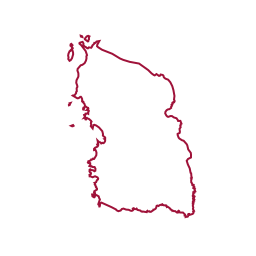 the district of Sumbawa Barat, Nusa Tenggara Barat, Indonesia, rotated 344°
{"feature_id": "22746128B87271379033569", "entity_name": "Sumbawa Barat", "entity_type": "district", "adm_level": 2, "iso_a3": "IDN", "parent_name": "Indonesia", "parent_adm1": "Nusa Tenggara Barat", "projection": "natural_earth1", "projection_center": [116.899, -8.8], "detail": "fine", "context": "isolated", "style": "outline", "palette": "rose", "viewbox_px": 256, "rotation_deg": 344, "n_neighbors": 0, "source": "geoboundaries", "source_scale": "gbopen_adm2", "svg_char_len": 5765}
<svg xmlns="http://www.w3.org/2000/svg" viewBox="0 0 256 256"><g transform="rotate(344 128 128)"><path d="M124.4,36.5L121.6,36.2L120.2,37.2L119.1,36.9L118.7,37.7L116.4,38.9L116.1,39.6L114.8,40.7L112.5,39.7L111.4,40.4L110.8,40.1L109.6,38.4L108.6,37.6L108.0,35.6L108.5,34.4L108.1,32.7L105.4,32.7L104.7,33.0L104.6,33.6L105.8,35.4L108.5,42.3L108.7,46.7L107.8,47.5L107.3,49.6L106.2,51.6L104.2,53.7L101.6,54.7L99.8,54.7L95.9,57.3L95.2,58.9L95.4,61.5L94.9,63.6L94.4,65.0L91.7,67.9L90.7,70.3L90.9,73.2L90.7,74.3L90.9,74.2L91.1,74.1L89.6,75.6L88.9,78.6L88.0,79.2L87.7,80.2L85.7,81.8L84.6,82.0L84.2,81.5L83.8,81.6L87.5,85.5L88.8,85.7L90.7,84.9L91.3,85.0L91.6,85.6L91.9,87.5L91.2,89.8L91.4,90.1L91.9,89.9L92.4,90.8L92.1,91.4L92.8,92.8L92.8,95.0L94.9,97.8L95.2,97.4L95.1,97.0L95.2,98.4L93.5,99.3L94.3,99.5L94.2,99.9L95.0,100.3L95.1,100.8L94.3,101.6L93.7,103.4L92.9,102.6L91.8,102.9L91.1,102.5L90.3,103.5L89.4,103.4L89.4,103.9L90.2,104.4L90.0,105.2L88.7,106.1L89.5,106.1L89.6,106.7L90.1,106.8L89.4,107.3L89.5,108.0L90.1,108.2L90.8,107.3L91.3,107.3L93.0,108.6L94.5,111.0L94.7,111.9L94.1,112.2L93.6,113.2L93.6,114.7L92.7,115.9L93.9,118.7L95.5,115.8L96.4,115.6L98.1,116.8L100.3,119.5L102.4,124.0L102.3,127.0L101.8,128.2L102.2,129.3L103.1,130.2L103.4,131.3L102.9,132.3L102.3,132.2L102.8,133.2L102.3,134.4L101.1,135.5L100.2,135.8L99.2,135.3L98.8,134.5L98.8,135.4L98.0,135.5L97.5,134.2L96.4,133.7L95.3,131.7L95.2,133.3L94.5,134.7L94.9,134.9L94.8,136.1L94.4,136.5L93.9,136.2L94.0,137.1L93.5,137.5L90.9,137.9L89.6,138.7L89.3,139.9L90.6,140.0L90.9,141.3L90.9,143.1L90.0,145.5L86.9,148.4L86.2,148.3L85.9,147.8L84.8,148.4L83.9,148.1L83.3,148.8L80.6,149.1L80.5,149.9L80.0,150.1L80.2,150.8L81.7,150.9L82.0,151.4L81.6,152.8L80.4,153.9L81.7,154.8L82.5,154.7L82.7,155.3L83.5,155.9L85.1,156.3L85.5,158.2L84.8,160.1L83.8,160.3L82.8,159.0L81.1,158.3L80.3,157.3L79.7,157.5L79.8,158.2L79.2,158.5L79.0,159.0L79.2,159.9L79.9,160.6L79.9,161.5L79.4,162.2L78.1,162.3L77.8,163.9L78.7,164.2L80.4,165.6L83.0,165.3L85.1,167.1L85.4,168.3L84.9,169.2L83.7,169.6L82.4,171.3L80.9,171.5L81.2,171.9L80.5,172.9L81.0,174.0L80.7,174.4L81.2,175.9L80.9,176.2L81.5,177.6L81.2,178.6L78.2,179.5L78.1,180.4L77.8,180.2L77.5,180.7L77.9,181.2L78.3,181.2L78.3,181.9L76.1,182.9L75.7,182.1L75.2,182.0L75.0,183.9L76.3,185.3L77.2,184.9L77.2,184.0L77.6,183.6L79.2,183.8L81.0,185.7L80.9,187.0L81.3,188.9L78.4,193.1L78.6,193.7L79.2,194.2L78.8,195.5L79.1,195.6L79.6,194.9L79.9,193.9L80.9,192.6L81.9,192.4L90.3,199.5L94.0,203.0L94.3,203.9L95.8,205.3L98.2,205.3L99.7,204.2L101.4,204.2L103.7,205.9L106.1,206.8L107.7,208.2L108.8,208.7L109.9,208.5L110.5,208.1L110.4,206.8L111.2,206.6L111.7,207.0L111.7,207.6L113.6,208.3L114.1,208.0L114.5,209.3L117.2,210.8L117.7,211.8L118.6,212.4L119.1,212.3L122.7,214.0L123.1,213.3L123.8,213.0L124.0,213.7L125.7,214.0L125.9,214.6L126.9,214.9L129.6,214.0L129.9,213.5L130.4,213.7L132.1,213.3L133.0,212.5L134.1,210.7L135.0,210.7L135.8,211.4L137.1,210.9L139.8,210.8L139.7,211.5L140.6,211.6L141.1,212.2L143.1,212.8L143.2,213.5L143.5,213.5L143.6,214.7L144.4,214.6L145.4,215.8L146.5,217.4L146.4,218.0L147.8,219.3L147.8,219.8L148.2,219.7L149.2,220.6L150.4,220.9L151.5,222.4L152.0,222.4L152.1,222.9L152.8,223.0L153.3,221.7L153.9,221.5L154.3,222.1L154.2,223.1L154.7,223.6L157.5,224.4L158.9,226.8L158.4,227.6L158.9,227.8L158.8,229.1L159.4,228.8L159.6,229.5L160.9,229.7L161.5,229.2L162.1,228.2L162.0,227.6L162.4,227.3L163.2,227.5L163.3,228.5L166.5,228.4L167.7,227.5L167.6,226.2L168.6,226.0L168.1,223.7L168.9,222.3L168.8,220.7L169.8,219.2L169.4,218.7L170.3,218.0L169.8,217.5L169.9,216.9L170.6,216.0L170.8,216.5L171.4,216.3L171.2,215.8L172.1,215.1L171.9,214.3L171.0,214.6L171.0,213.8L172.4,213.0L172.4,212.0L172.9,212.3L173.1,212.1L172.4,211.3L171.5,211.5L171.5,211.1L171.9,210.5L172.4,210.9L172.5,209.4L173.2,208.9L172.8,208.4L173.1,207.7L174.2,208.1L174.3,207.3L175.2,207.4L175.0,205.5L175.5,205.0L174.5,204.0L175.4,203.6L175.5,203.0L174.7,202.7L175.4,201.2L174.5,200.8L174.9,200.4L174.2,200.0L174.2,198.4L173.8,197.8L174.4,195.3L175.2,194.4L174.8,193.5L175.7,193.1L175.6,191.9L176.1,189.6L176.2,188.9L175.8,188.4L176.2,183.8L175.5,179.5L175.4,175.7L177.2,174.3L180.4,173.7L181.2,171.1L181.5,169.2L180.0,165.2L180.2,161.0L179.9,159.6L178.0,155.6L176.5,154.6L174.5,152.3L174.0,151.2L173.8,148.3L174.1,147.3L176.2,147.0L176.8,146.1L177.3,143.0L178.8,141.8L178.8,140.3L179.3,140.1L179.6,138.9L180.6,138.6L180.3,135.6L178.1,135.0L178.1,134.2L177.3,132.0L174.9,130.4L173.6,128.7L172.1,128.2L169.9,128.4L169.1,128.0L168.3,126.6L167.8,124.2L168.5,122.7L170.1,121.5L171.7,121.1L172.9,121.3L175.0,120.6L175.4,119.3L176.3,118.8L176.3,117.7L177.2,117.6L177.4,116.2L177.8,115.9L178.4,116.2L178.9,115.6L179.5,115.9L180.2,115.1L180.3,114.3L180.0,113.5L181.5,110.0L182.1,104.1L182.1,100.0L181.3,95.7L179.9,92.6L177.6,90.9L176.7,89.6L176.4,88.9L176.5,87.5L176.0,86.6L174.1,85.6L173.2,86.5L172.2,86.5L170.2,84.0L168.2,84.8L167.4,84.2L165.7,82.0L163.4,77.9L156.4,69.1L147.9,64.9L142.2,61.2L139.5,59.0L133.3,52.3L124.6,45.6L121.6,42.2L120.8,40.9L121.4,39.5L124.4,36.5ZM96.0,37.3L95.5,36.7L94.3,37.4L94.4,37.7L93.9,38.1L93.0,38.1L91.3,40.1L90.4,41.9L90.3,43.7L89.6,45.2L90.3,47.3L91.6,47.0L93.4,45.5L95.6,42.0L96.0,40.2L96.0,37.3ZM115.1,28.4L113.5,28.6L111.4,30.1L111.0,30.9L113.2,33.7L113.7,33.7L114.0,32.9L115.0,31.9L115.3,30.3L116.2,29.3L115.1,28.4ZM96.7,31.5L96.0,31.7L95.5,32.5L95.4,33.1L95.9,33.7L96.8,33.7L97.5,33.1L96.7,31.5ZM90.5,98.1L91.6,96.6L91.3,96.0L90.8,96.1L90.2,97.0L90.0,97.8L90.5,98.1ZM76.3,110.9L76.0,110.0L73.9,110.2L74.8,111.0L75.5,111.1L76.3,110.9ZM78.3,89.8L79.1,88.6L78.6,88.5L77.5,89.5L77.5,89.9L78.3,89.8ZM109.2,28.0L109.2,27.2L108.0,26.3L107.9,27.1L109.2,28.0ZM96.4,36.3L96.9,36.0L96.8,35.7L96.3,35.7L96.4,36.3ZM79.7,88.1L79.1,88.1L79.3,88.5L79.7,88.1Z" fill="none" stroke="#9f1239" stroke-width="2"/></g></svg>